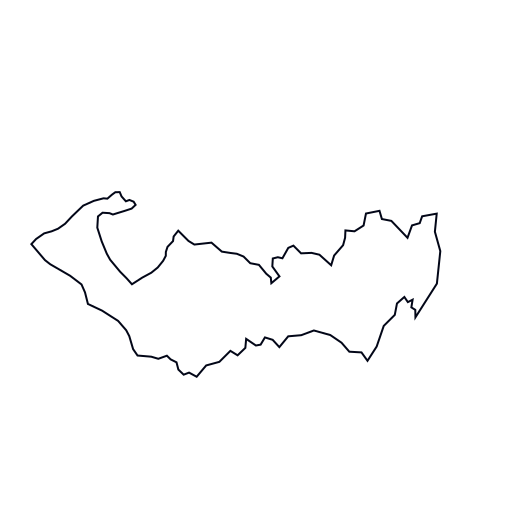 the district of Kegeyli, Karakalpakstan, Uzbekistan, rotated 321°
{"feature_id": "79887680B60420038747049", "entity_name": "Kegeyli", "entity_type": "district", "adm_level": 2, "iso_a3": "UZB", "parent_name": "Uzbekistan", "parent_adm1": "Karakalpakstan", "projection": "robinson", "projection_center": [59.462, 42.861], "detail": "fine", "context": "isolated", "style": "outline", "palette": "ink", "viewbox_px": 512, "rotation_deg": 321, "n_neighbors": 0, "source": "geoboundaries", "source_scale": "gbopen_adm2", "svg_char_len": 1780}
<svg xmlns="http://www.w3.org/2000/svg" viewBox="0 0 512 512"><g transform="rotate(321 256 256)"><path d="M368.2,292.2L358.8,300.0L348.1,298.8L341.6,292.4L336.7,297.9L330.5,302.4L317.0,304.8L308.6,310.5L306.1,294.9L301.1,288.5L292.7,282.3L291.6,271.5L286.2,270.0L275.1,274.4L272.2,270.7L267.5,268.5L262.1,274.4L261.4,286.6L250.8,286.8L253.9,282.1L252.8,276.2L252.7,264.7L247.0,258.0L246.0,248.6L242.5,242.2L238.0,237.5L232.2,231.1L229.8,217.6L215.3,208.3L213.0,201.8L211.5,187.4L204.3,189.0L200.9,192.2L193.0,193.2L188.5,196.1L186.0,199.1L180.8,201.3L172.4,203.1L164.1,203.1L153.9,201.2L141.8,199.9L141.4,191.7L140.5,182.7L140.3,167.1L141.5,160.3L145.3,147.5L150.5,134.1L158.1,125.8L164.0,125.8L169.1,130.5L170.9,133.7L175.9,135.7L182.1,138.2L189.2,140.9L194.6,140.5L195.1,136.8L192.9,132.8L189.3,131.6L189.0,125.1L190.3,120.6L186.8,117.9L182.6,117.7L176.6,117.9L173.8,115.2L164.7,111.1L153.4,108.1L137.9,109.4L127.9,110.8L119.3,110.2L112.7,108.2L105.6,105.1L95.8,104.4L88.9,105.4L89.4,126.4L90.9,132.9L99.1,154.4L102.5,168.3L100.2,176.7L95.2,187.5L102.0,201.6L108.0,219.7L108.4,232.0L107.1,238.5L101.9,251.0L101.3,258.8L111.2,268.3L115.4,274.4L124.0,277.4L124.6,282.6L127.3,288.6L124.2,295.4L125.1,302.7L130.6,304.5L133.9,312.5L148.4,309.7L160.9,315.2L176.4,313.6L179.2,321.6L189.9,320.7L196.2,314.2L199.6,325.5L203.8,327.8L211.7,324.9L216.2,331.6L216.8,341.5L230.5,338.7L241.3,346.0L254.1,350.3L264.0,364.2L267.9,377.2L268.3,389.1L277.3,397.3L276.7,407.6L292.8,402.3L311.3,390.7L326.8,389.1L335.7,381.6L345.5,381.2L345.0,387.4L350.2,388.5L344.4,393.7L345.9,398.1L341.3,404.0L379.2,391.3L402.3,368.2L410.3,349.7L423.1,336.8L410.1,329.7L403.9,333.5L396.5,330.4L385.2,337.2L383.3,313.9L377.1,306.5L380.4,298.6L368.2,292.2Z" fill="none" stroke="#020617" stroke-width="2"/></g></svg>